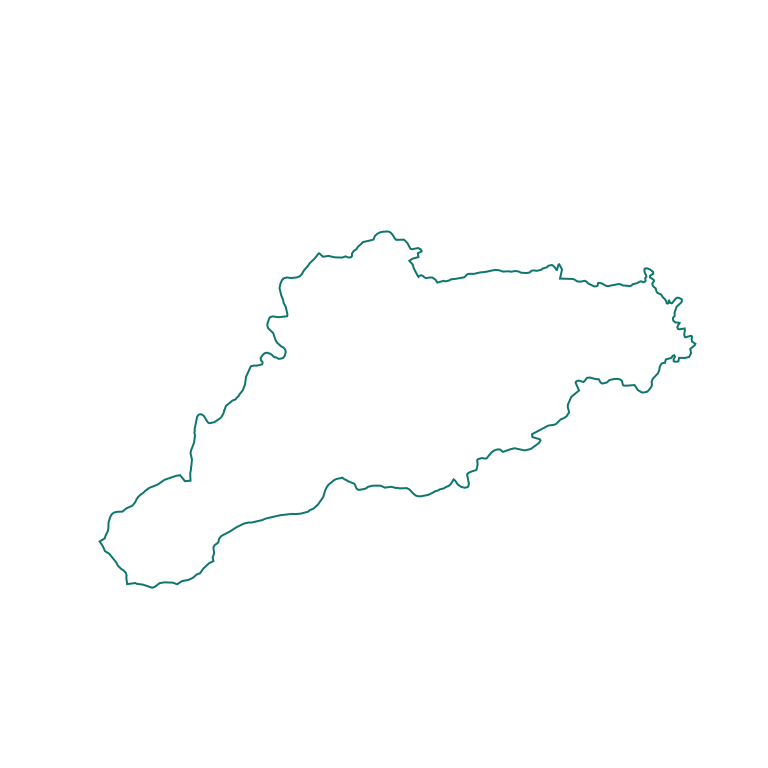 outline of Orotina, Alajuela, Costa Rica, rotated 167°
{"feature_id": "36466004B51019647816434", "entity_name": "Orotina", "entity_type": "district", "adm_level": 2, "iso_a3": "CRI", "parent_name": "Costa Rica", "parent_adm1": "Alajuela", "projection": "orthographic", "projection_center": [-84.58, 9.893], "detail": "fine", "context": "isolated", "style": "outline", "palette": "teal", "viewbox_px": 768, "rotation_deg": 167, "n_neighbors": 0, "source": "geoboundaries", "source_scale": "gbopen_adm2", "svg_char_len": 6086}
<svg xmlns="http://www.w3.org/2000/svg" viewBox="0 0 768 768"><g transform="rotate(167 384 384)"><path d="M679.3,246.8L671.0,246.0L669.9,244.9L664.1,242.8L655.8,237.7L653.2,237.8L647.5,240.4L642.9,240.2L634.6,238.0L630.6,235.4L625.2,237.4L618.8,237.1L614.2,238.0L608.9,240.7L605.9,240.9L601.4,244.9L594.8,248.7L590.0,249.8L590.0,253.5L587.6,257.2L587.0,263.2L585.4,265.0L581.2,266.8L579.5,270.3L576.7,272.5L566.3,275.3L560.0,277.6L551.9,279.5L547.1,279.5L544.5,278.8L533.4,278.8L529.4,279.5L514.8,279.5L502.6,278.1L499.3,277.1L493.9,276.4L486.4,276.7L484.6,277.8L480.7,278.5L475.3,281.5L468.7,287.5L465.0,293.9L462.4,297.0L460.5,298.5L456.2,300.6L453.8,301.7L451.8,302.1L445.6,302.1L444.1,300.1L441.9,298.6L441.6,297.9L435.6,293.7L435.0,292.7L434.3,288.2L432.5,286.5L426.4,286.1L423.4,286.9L422.9,287.4L418.1,287.5L410.9,285.9L409.7,285.4L406.5,282.8L400.3,282.3L395.5,279.9L394.2,279.8L392.3,278.8L385.2,277.4L382.9,275.5L380.3,270.9L378.2,268.2L376.1,267.0L373.6,266.3L366.0,266.0L362.0,266.8L358.3,268.0L355.5,268.1L353.2,268.8L349.0,268.8L347.9,269.4L343.9,270.2L341.7,271.2L337.6,275.4L336.3,273.6L334.8,269.6L331.9,266.4L328.6,264.7L326.0,264.7L324.8,265.3L323.7,267.9L323.4,277.1L321.5,278.5L318.0,279.1L313.6,279.4L313.1,279.8L310.8,284.7L310.4,288.6L309.6,289.6L304.8,289.8L302.5,288.5L300.7,288.5L295.3,292.7L293.0,294.0L290.0,294.7L287.8,294.7L285.4,293.9L283.4,291.1L275.5,292.0L271.1,292.0L262.5,287.9L260.8,287.6L255.5,287.7L246.2,291.7L244.1,293.9L244.6,295.1L251.3,298.9L251.1,301.8L233.4,306.5L226.8,306.0L225.1,306.5L219.9,309.7L216.2,310.3L213.1,311.7L210.0,314.8L210.1,320.5L209.4,322.6L204.8,328.8L204.1,329.5L195.4,333.8L197.0,342.1L196.4,343.1L195.2,343.5L193.4,343.5L189.3,341.1L188.1,341.6L184.9,344.3L181.9,344.0L176.5,341.1L173.7,340.3L172.6,336.6L171.1,335.3L166.7,335.3L163.5,337.1L158.2,337.1L155.2,336.4L152.9,335.3L151.9,334.2L151.5,333.3L151.4,329.3L150.9,328.6L148.0,327.8L140.1,326.6L138.1,321.1L135.0,318.0L133.3,317.3L129.3,317.3L127.0,318.7L123.8,321.5L122.9,323.7L122.8,325.9L121.9,327.3L120.5,328.9L114.6,332.8L112.8,335.3L111.4,338.8L109.7,340.8L108.2,341.7L106.0,341.7L105.5,341.4L103.9,344.5L98.2,344.8L96.2,346.6L94.7,346.7L94.4,345.0L96.3,342.9L96.6,340.9L95.2,340.2L92.7,339.7L91.9,340.1L90.6,343.1L85.0,341.7L80.6,341.7L77.8,345.1L77.7,349.3L72.2,352.1L71.5,353.1L74.4,356.1L74.1,358.7L73.3,360.3L73.5,361.5L74.2,361.9L80.0,361.7L80.3,362.4L80.4,364.6L78.7,368.8L78.6,370.5L83.8,370.8L85.1,371.5L85.5,373.1L84.1,375.3L82.4,376.5L82.2,377.1L86.3,378.5L87.8,380.5L87.9,382.3L87.2,383.8L85.5,384.9L84.9,388.0L81.5,393.5L76.3,396.4L75.0,397.9L74.8,399.5L77.1,401.5L79.1,402.2L80.8,401.5L85.0,398.0L85.8,398.0L87.1,399.1L87.5,401.9L88.6,398.8L89.8,398.6L90.4,399.1L90.4,401.3L91.5,404.1L92.6,405.3L93.8,408.8L97.1,411.3L97.7,413.2L97.8,416.2L99.7,418.5L100.1,420.1L99.9,421.7L97.8,423.5L97.7,424.2L97.9,425.0L100.8,428.0L100.7,429.3L98.9,430.3L96.9,430.8L96.6,432.8L99.2,435.9L102.0,437.7L104.1,437.7L104.8,436.2L104.8,433.1L104.1,431.2L104.2,429.5L105.7,428.4L105.9,425.8L106.8,425.0L108.5,424.8L110.3,426.2L111.6,426.2L114.8,425.3L119.2,425.3L120.7,424.2L123.4,424.2L124.4,424.9L129.2,426.3L131.0,427.9L132.6,428.6L143.9,429.0L145.3,429.5L149.3,433.1L151.7,434.2L152.9,434.0L153.7,431.8L155.0,431.5L157.1,431.7L162.5,436.1L163.2,437.7L165.1,439.4L169.5,439.5L171.6,440.2L172.8,440.6L174.8,442.9L176.5,443.9L188.8,447.1L184.8,455.5L186.3,461.2L187.1,461.1L189.8,456.2L190.2,456.3L191.3,459.1L192.8,461.5L193.7,462.2L197.3,462.2L199.0,461.1L203.4,460.8L204.4,460.2L205.6,459.9L209.6,459.9L212.9,461.1L215.1,461.1L216.8,459.9L219.9,460.0L225.4,461.6L227.9,463.6L231.0,464.6L235.0,464.8L236.8,465.7L242.9,466.8L246.2,468.9L250.0,470.2L260.2,470.4L265.3,471.1L272.4,471.1L273.0,471.5L276.4,472.2L278.2,472.2L281.7,469.9L291.4,470.4L292.9,470.8L295.6,470.8L297.2,470.2L301.2,470.2L302.5,471.1L309.2,470.8L310.3,473.9L312.9,476.8L315.4,477.5L319.3,477.7L320.8,479.0L321.9,480.7L323.2,481.5L325.8,481.5L326.3,480.6L326.6,481.0L328.9,489.8L329.2,494.1L331.6,498.3L328.1,499.7L321.9,499.9L321.6,503.8L317.6,504.7L317.4,505.3L317.9,506.9L320.2,508.8L326.3,509.0L327.4,509.6L328.0,510.3L329.4,515.8L331.4,519.2L332.3,520.2L339.7,521.7L340.9,523.9L342.0,527.4L343.5,530.0L344.8,531.2L346.5,531.9L350.8,532.6L354.3,532.6L357.6,531.5L359.7,530.1L361.5,527.4L362.3,527.0L372.8,527.0L374.9,525.5L378.4,523.7L380.8,521.4L383.7,520.4L385.9,518.2L386.3,516.1L387.4,515.0L390.1,515.1L392.7,517.0L396.4,516.6L403.5,518.5L409.3,521.3L414.8,521.7L417.7,525.9L418.3,525.9L423.4,521.8L429.4,518.3L430.7,516.9L437.0,512.2L439.2,509.6L442.0,507.8L445.4,507.5L450.9,508.2L454.5,509.6L457.3,509.6L458.6,509.3L458.8,508.7L460.0,508.2L462.2,505.3L464.2,501.1L464.2,493.5L463.5,489.5L463.5,485.4L462.4,481.4L462.4,473.7L463.1,471.8L471.8,472.8L477.1,474.9L479.9,474.8L481.2,473.6L484.0,469.0L484.6,467.0L484.3,464.3L480.5,458.5L479.8,451.1L478.7,448.0L475.8,443.9L473.7,442.1L472.5,439.8L472.6,437.1L474.4,433.8L476.3,432.1L479.0,431.9L481.0,432.2L482.8,433.9L485.1,435.1L486.8,437.8L488.5,439.5L489.1,439.5L490.7,440.8L493.5,440.8L495.8,439.5L498.5,436.8L498.5,434.7L497.5,432.8L497.7,431.4L498.5,430.5L504.0,430.5L506.3,431.2L509.8,431.2L516.9,421.9L519.4,415.1L523.0,409.6L527.4,406.2L528.2,405.1L531.1,403.4L532.0,402.4L535.3,402.0L543.0,398.2L545.1,394.7L545.7,394.4L546.0,393.1L547.5,390.9L550.5,387.8L557.8,385.0L562.7,385.0L563.8,385.7L564.5,386.8L566.7,393.4L568.5,395.3L569.5,395.8L571.6,395.8L573.5,394.0L578.7,382.6L578.8,381.3L579.7,379.4L579.7,376.6L582.2,369.7L586.8,362.9L588.1,360.1L588.1,353.8L590.1,347.5L590.8,346.4L591.2,344.4L592.9,340.6L594.3,333.3L599.8,334.1L603.2,341.0L607.4,341.3L619.4,340.0L627.2,336.9L636.0,335.6L640.7,333.6L642.8,332.2L645.6,331.2L648.7,329.4L651.2,327.2L652.7,325.1L656.4,322.1L663.0,320.8L667.6,318.5L672.8,319.5L675.9,319.5L678.6,318.3L680.4,316.4L683.5,311.3L685.0,305.5L686.3,302.7L689.8,298.3L690.8,296.4L696.5,294.5L694.7,290.0L693.4,283.8L689.9,280.4L684.9,270.2L684.5,267.7L683.5,265.7L681.4,262.6L679.5,260.7L678.0,258.0L677.9,255.2L678.6,253.5L679.3,246.8Z" fill="none" stroke="#0f766e" stroke-width="2"/></g></svg>